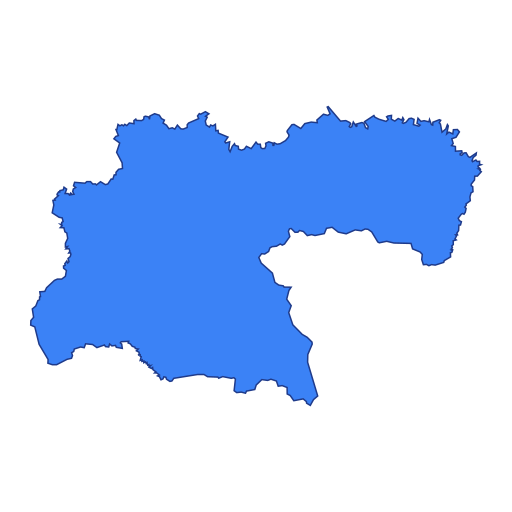 Baray, Kâmpóng Thum, Cambodia
{"feature_id": "14789045B44673491264626", "entity_name": "Baray", "entity_type": "district", "adm_level": 2, "iso_a3": "KHM", "parent_name": "Cambodia", "parent_adm1": "Kâmpóng Thum", "projection": "albers", "projection_center": [105.123, 12.367], "detail": "fine", "context": "isolated", "style": "filled", "palette": "blue", "viewbox_px": 512, "rotation_deg": 0, "n_neighbors": 0, "source": "geoboundaries", "source_scale": "gbopen_adm2", "svg_char_len": 6036}
<svg xmlns="http://www.w3.org/2000/svg" viewBox="0 0 512 512"><path d="M171.9,381.0L173.8,378.3L197.6,374.5L204.0,374.5L207.6,376.7L217.9,377.1L218.7,378.2L222.7,376.6L231.3,378.3L233.9,377.7L235.4,379.1L234.1,390.7L236.7,392.6L241.2,392.1L245.5,393.2L246.5,391.1L254.8,389.5L256.2,385.0L261.8,379.6L267.7,380.4L270.9,379.2L276.4,381.0L278.2,386.2L282.2,385.6L287.1,387.5L287.2,394.0L290.2,395.5L293.8,400.7L303.2,398.9L306.4,401.6L306.6,403.2L310.3,405.4L313.5,399.6L317.7,396.0L307.6,362.2L307.8,354.5L312.2,344.1L312.0,342.1L307.2,337.3L302.2,334.4L292.8,324.8L288.7,312.6L291.2,305.7L286.7,299.2L288.9,290.5L291.1,287.2L284.1,287.1L283.2,285.8L278.8,285.1L274.9,282.4L272.4,273.1L261.2,263.1L258.8,257.5L261.6,253.7L264.7,254.0L268.6,251.5L269.9,247.9L272.0,246.7L276.5,246.2L280.2,244.0L282.3,245.1L284.5,244.0L289.8,236.6L288.4,231.2L289.5,228.8L291.2,228.5L295.0,232.3L297.9,232.2L299.5,230.5L303.4,231.5L307.3,235.6L311.6,234.6L315.0,235.5L324.3,233.6L326.5,228.3L332.1,227.3L338.2,232.1L346.2,233.8L355.2,229.9L361.4,230.8L365.1,229.0L368.0,229.3L371.7,231.9L377.8,242.0L379.3,242.8L386.7,241.3L393.9,243.0L411.0,243.4L412.6,248.9L420.1,252.0L422.3,254.4L421.7,259.5L423.4,264.7L426.5,264.4L428.9,265.7L431.5,264.6L435.2,265.1L443.7,262.4L444.3,260.6L450.6,256.9L450.4,252.7L451.8,252.4L452.5,250.6L451.2,249.9L452.4,249.4L451.5,248.7L452.4,247.4L451.7,246.0L453.3,244.6L453.2,240.8L456.2,239.9L455.0,238.9L456.6,235.8L455.7,234.9L457.5,234.8L456.8,233.2L458.6,230.6L458.9,225.2L460.5,225.0L461.4,221.7L459.3,220.6L458.2,218.2L461.2,214.3L462.5,213.5L464.0,214.2L465.3,212.2L466.1,208.4L464.8,207.1L466.3,205.2L466.0,203.9L470.3,200.7L469.9,197.0L471.0,192.9L473.0,191.7L472.7,186.6L471.2,185.7L471.2,184.2L474.5,180.0L474.7,176.2L477.4,176.1L481.3,171.7L479.8,170.4L480.3,169.6L478.3,168.8L479.7,168.3L478.0,166.8L478.2,165.7L481.1,164.7L479.5,164.2L479.6,161.3L477.1,161.5L475.9,160.0L472.6,161.7L472.0,160.8L473.2,157.5L476.0,155.2L476.3,153.0L469.9,157.4L468.3,156.6L466.1,152.8L464.1,152.9L461.7,155.3L460.2,154.9L460.1,153.9L462.1,152.6L461.7,150.8L455.5,151.2L455.4,146.5L451.5,145.6L453.2,143.5L451.8,138.7L456.0,137.3L459.4,131.9L457.4,129.5L453.4,129.7L452.8,133.9L448.9,132.1L446.7,134.0L448.3,125.9L447.4,124.6L445.8,129.0L442.0,132.2L440.4,124.0L439.2,122.8L440.7,120.3L439.4,119.7L432.9,122.2L432.7,125.1L431.4,124.6L429.5,119.5L428.9,121.8L424.1,120.7L420.9,121.4L418.0,118.2L417.0,123.3L420.1,125.1L418.8,126.2L413.4,124.6L414.1,119.4L411.4,118.2L409.1,118.6L406.0,122.3L403.3,123.4L402.3,122.8L403.9,119.6L402.8,117.6L401.8,120.1L398.2,118.5L394.8,121.1L391.3,119.2L391.5,115.4L387.9,116.0L386.6,116.8L388.3,119.4L386.1,121.4L378.9,119.2L374.9,117.2L373.9,115.5L364.6,121.6L368.2,126.5L367.7,128.9L365.5,127.6L363.9,123.2L361.9,122.5L356.3,124.1L357.0,125.9L356.2,126.4L353.3,122.0L351.7,126.8L350.2,127.4L349.2,126.6L350.7,123.8L349.9,122.6L345.8,120.6L340.5,121.1L328.2,106.6L327.2,107.1L330.1,113.8L327.8,115.4L323.5,114.2L316.9,120.0L317.3,122.7L311.2,122.1L304.8,123.6L300.8,128.5L294.0,124.4L291.9,124.7L287.3,130.6L287.0,131.8L289.0,135.1L288.5,137.1L285.5,140.6L280.2,143.7L277.0,144.2L274.3,142.8L273.8,145.4L273.0,145.4L272.8,143.1L268.8,141.8L265.6,143.3L266.0,145.9L264.8,148.5L262.2,148.6L260.8,147.6L260.3,144.2L257.7,144.2L256.0,142.1L251.2,148.6L246.4,146.3L244.4,149.1L241.5,150.2L238.5,149.1L238.3,146.3L235.2,145.5L234.5,143.7L232.2,146.4L230.1,151.7L228.8,149.3L229.7,141.8L225.7,143.0L224.8,141.8L228.0,137.1L218.4,133.1L218.1,130.4L215.8,130.8L215.4,124.3L212.9,125.9L210.6,125.0L209.5,127.1L206.2,125.0L205.3,121.0L207.2,117.2L205.5,116.3L208.9,113.8L205.4,111.7L200.6,114.2L199.3,113.6L197.5,116.0L198.7,118.6L188.6,123.0L187.2,124.7L187.2,127.5L183.1,129.1L180.8,128.8L177.4,125.1L174.8,129.1L172.3,127.8L168.9,128.7L166.5,125.2L163.1,123.1L164.4,120.1L161.5,118.6L159.3,115.2L154.6,113.7L149.9,116.0L149.5,119.3L148.6,116.9L145.4,116.2L144.1,116.7L143.6,119.4L141.6,120.6L136.4,120.4L135.8,119.1L133.9,120.6L134.0,123.7L129.3,123.0L126.8,125.6L124.8,124.3L123.5,125.8L121.9,124.8L119.9,125.8L118.0,124.4L116.8,129.7L116.0,129.6L118.4,135.6L115.8,136.4L113.9,138.8L119.7,143.0L116.6,152.3L122.1,162.8L122.5,168.5L118.6,169.3L116.0,172.3L116.0,174.8L114.2,174.9L112.8,179.2L111.2,179.0L107.8,184.0L105.3,184.6L100.5,181.7L96.5,184.9L95.4,183.9L92.7,184.0L90.5,181.6L86.8,181.6L85.0,183.2L74.6,182.3L73.5,185.8L75.7,187.5L73.3,189.0L72.7,191.5L74.0,194.2L70.6,194.8L71.5,193.8L70.7,193.0L69.5,194.9L68.1,193.6L65.1,193.5L66.6,189.1L64.0,187.2L63.3,189.8L59.9,190.6L59.7,192.0L58.7,191.8L57.3,193.7L57.0,194.8L58.4,195.6L54.5,199.1L55.1,200.1L52.9,200.4L53.8,205.0L52.2,212.8L59.1,217.3L62.2,217.9L63.1,221.6L61.7,222.4L61.7,224.5L60.4,224.3L62.1,225.7L60.3,227.6L63.9,227.8L64.9,231.8L66.8,233.0L67.7,238.4L65.4,243.3L65.4,247.0L67.6,246.5L65.8,248.9L69.0,248.7L69.9,251.2L68.7,253.0L70.5,252.9L70.9,254.3L70.2,256.6L68.0,258.5L69.0,261.7L67.7,263.0L66.8,261.0L64.8,263.7L65.2,265.3L63.5,266.0L63.6,268.2L66.4,270.5L65.4,276.3L61.7,279.1L57.3,279.1L54.4,280.4L46.6,287.7L44.8,291.4L39.8,291.8L40.5,296.6L39.6,296.9L39.5,299.8L37.9,300.6L35.8,306.0L32.3,308.9L33.6,317.3L30.9,320.5L30.7,325.1L34.8,326.9L39.1,344.3L48.1,359.5L47.9,363.2L52.3,364.7L56.6,364.7L67.1,359.3L71.5,358.3L72.5,355.6L71.6,352.7L73.7,351.5L74.3,349.0L80.6,347.0L84.2,347.7L85.6,343.8L92.6,344.5L96.9,347.6L104.4,345.0L105.5,346.6L108.7,347.0L109.6,344.0L111.9,345.9L115.5,345.4L116.3,347.3L122.3,348.4L121.7,344.1L120.3,342.9L121.2,341.7L128.7,341.3L128.1,342.9L130.4,343.9L132.2,346.3L134.9,347.2L135.3,348.5L138.3,349.0L136.4,350.8L139.0,352.2L139.2,354.2L138.1,355.2L140.2,354.7L140.2,356.3L141.2,356.7L140.2,360.4L142.1,359.8L141.9,361.4L143.9,361.0L143.8,362.7L145.5,361.9L146.2,363.5L147.0,362.6L147.7,365.2L148.9,364.6L149.0,366.0L150.6,365.6L149.0,367.2L151.5,368.5L152.6,367.6L152.9,369.6L155.9,371.9L154.7,372.9L156.8,373.0L159.4,375.0L157.6,375.9L159.5,376.7L161.0,379.8L163.0,378.9L163.9,376.8L165.9,377.3L166.5,379.2L169.9,381.4L171.9,381.0Z" fill="#3b82f6" stroke="#1e3a8a" stroke-width="1.5"/></svg>